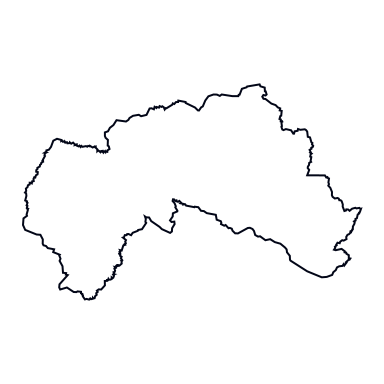 outline of Sanam Chai Khet, Chachoengsao, Thailand
{"feature_id": "78962969B69796195925566", "entity_name": "Sanam Chai Khet", "entity_type": "district", "adm_level": 2, "iso_a3": "THA", "parent_name": "Thailand", "parent_adm1": "Chachoengsao", "projection": "albers", "projection_center": [101.646, 13.611], "detail": "fine", "context": "isolated", "style": "outline", "palette": "ink", "viewbox_px": 384, "rotation_deg": 0, "n_neighbors": 0, "source": "geoboundaries", "source_scale": "gbopen_adm2", "svg_char_len": 5950}
<svg xmlns="http://www.w3.org/2000/svg" viewBox="0 0 384 384"><path d="M213.5,94.5L208.4,96.3L205.3,100.5L202.8,106.4L201.1,107.4L199.0,110.5L197.9,110.4L195.0,107.5L185.7,103.0L185.6,102.0L178.3,100.6L178.1,102.0L175.9,102.1L174.3,104.0L172.8,103.4L172.3,104.7L166.4,108.3L165.7,108.1L164.7,109.5L163.8,107.3L162.3,106.3L161.5,106.9L159.6,106.1L159.0,107.6L156.6,107.0L156.3,107.9L154.6,106.8L153.9,109.3L151.5,108.3L149.6,108.5L146.5,114.9L141.1,116.2L138.8,114.8L133.0,115.8L129.5,118.0L128.4,119.9L126.0,121.5L116.5,120.2L113.4,125.1L109.9,127.8L108.0,131.3L104.9,132.4L104.9,136.0L105.6,137.8L107.9,139.9L107.7,145.6L108.8,146.3L109.5,149.0L107.4,150.4L107.3,151.8L106.0,151.5L105.7,152.1L105.1,151.0L103.5,152.6L102.9,150.8L101.5,151.0L101.5,151.7L100.3,151.4L100.2,152.0L98.1,150.3L97.3,151.1L97.3,149.3L95.8,147.8L95.7,146.6L94.9,147.0L94.6,146.5L92.7,147.5L89.9,145.8L89.7,146.3L88.1,145.9L87.2,146.7L86.0,146.1L82.5,146.8L81.4,145.9L80.6,147.0L79.5,145.6L78.6,146.4L76.9,145.7L76.8,144.9L75.2,145.1L75.7,144.5L75.0,144.6L73.1,142.6L71.2,143.7L69.9,142.5L69.8,143.1L67.4,143.3L66.9,142.2L65.5,142.6L64.8,141.6L64.6,142.2L63.7,141.4L62.8,141.7L62.0,140.7L61.3,141.0L61.5,140.0L57.0,138.8L53.3,140.7L51.0,146.9L48.9,149.7L46.4,150.4L46.4,151.6L44.7,152.7L45.9,152.8L45.0,153.3L44.5,155.4L45.0,156.0L43.0,159.5L43.1,161.3L42.4,161.1L42.4,162.2L41.3,162.8L41.1,164.0L40.0,164.9L39.8,166.5L37.4,167.8L37.5,168.9L36.3,170.1L36.2,171.7L37.8,172.1L37.5,174.4L35.9,175.3L35.3,177.5L34.3,177.2L33.5,178.9L33.7,181.1L32.2,181.3L32.1,182.5L31.3,182.6L31.5,183.3L29.7,182.8L29.6,184.5L27.9,185.3L27.6,187.0L25.9,188.6L26.2,190.9L25.0,192.6L26.1,193.2L26.4,195.9L25.2,200.5L27.0,201.3L26.8,202.3L27.5,202.8L26.6,205.4L27.4,205.9L26.8,208.0L27.8,208.6L27.3,208.9L27.9,209.8L26.6,214.5L27.0,215.8L23.5,218.4L23.0,225.0L25.2,229.9L36.6,234.5L40.4,234.8L42.8,239.4L42.7,243.7L43.5,245.3L46.0,246.0L47.8,248.1L54.1,249.3L53.2,252.1L59.7,254.7L59.2,255.3L60.5,258.7L59.6,260.9L62.5,266.2L63.0,272.8L66.1,273.1L65.8,274.6L67.7,275.1L59.5,284.3L59.2,287.4L60.2,289.5L66.9,287.5L73.7,292.0L76.4,292.1L77.5,291.4L81.0,291.8L81.0,293.3L82.3,293.9L82.1,294.6L83.0,295.3L82.8,296.3L84.9,299.4L86.6,298.9L89.1,299.6L90.2,298.4L91.0,299.2L92.6,298.8L92.8,297.8L93.3,298.5L94.6,298.2L95.1,296.2L96.7,294.8L96.2,293.2L97.7,291.9L96.9,290.7L98.7,289.4L101.2,289.5L104.9,285.4L104.8,281.0L107.2,280.8L107.1,280.0L108.0,280.0L108.4,278.9L108.9,279.7L110.5,279.6L111.7,279.0L111.7,277.5L112.5,278.2L113.3,277.7L114.0,275.8L113.2,274.7L114.2,274.3L113.4,274.1L114.0,272.9L113.6,272.2L114.7,271.8L115.1,270.7L114.4,268.5L115.7,267.9L115.0,267.0L116.1,267.2L116.9,266.1L116.4,265.6L117.1,265.0L117.7,265.0L117.5,266.0L119.3,265.7L121.7,263.6L121.5,261.6L122.0,260.9L121.4,260.4L122.1,260.0L120.9,258.2L121.6,256.8L120.3,256.0L120.3,254.4L119.8,254.7L119.1,253.6L120.0,252.3L119.6,251.7L120.5,251.1L120.0,250.1L121.7,250.5L123.3,245.5L125.1,244.8L124.5,244.2L125.8,243.2L125.2,241.8L126.0,240.1L123.0,237.6L124.0,237.3L124.8,235.1L126.6,235.1L127.1,234.1L128.4,234.0L131.1,235.2L132.7,232.8L137.8,230.8L138.1,230.0L142.0,229.2L146.2,222.9L145.4,221.9L145.8,218.9L145.0,216.5L146.2,217.3L149.1,217.5L151.2,221.1L159.6,226.9L161.8,229.1L170.1,232.9L171.9,231.5L172.1,228.2L174.6,224.1L174.3,221.6L171.5,222.0L170.0,220.4L172.7,216.5L172.9,213.3L177.3,211.4L177.4,210.7L175.3,207.3L175.8,206.2L174.5,203.1L172.6,201.0L173.0,199.3L174.1,199.4L175.4,200.9L176.5,200.4L176.8,201.4L178.0,201.8L179.3,200.9L181.2,202.8L180.6,203.3L183.5,203.9L183.3,204.5L185.2,204.3L186.1,205.6L194.4,207.2L194.7,206.7L198.3,207.2L201.0,210.8L203.9,211.1L206.7,213.1L215.8,214.8L216.7,219.7L220.8,221.2L221.3,222.5L221.0,224.1L224.2,225.7L225.6,225.0L228.5,228.2L229.8,227.9L231.8,228.7L232.5,230.7L235.1,233.3L238.0,233.4L247.8,228.0L249.9,227.8L252.5,229.0L254.0,231.0L255.2,235.0L258.0,236.6L260.1,236.3L265.4,240.2L270.2,239.2L274.8,242.1L280.4,243.7L285.0,247.5L286.6,249.4L287.0,252.3L289.8,255.8L290.0,259.8L290.6,260.7L307.2,271.3L321.8,277.3L326.8,276.9L332.2,274.9L333.3,272.2L335.8,270.1L337.0,267.4L339.2,266.3L342.5,265.9L343.6,264.2L344.3,265.5L346.5,262.6L346.0,262.2L348.8,259.6L349.5,259.7L350.3,258.5L348.8,258.2L348.8,255.2L346.4,253.7L346.2,252.6L344.6,252.3L344.8,251.3L341.6,248.9L335.7,250.2L334.0,249.7L335.3,247.8L334.9,246.8L336.6,245.3L336.2,244.8L337.5,242.7L339.7,243.2L340.2,241.7L342.2,240.2L343.7,240.6L346.5,239.1L346.2,237.0L347.5,234.8L349.0,234.2L350.2,233.0L350.4,231.7L351.1,232.0L351.2,230.9L352.1,230.6L352.2,229.5L352.8,229.3L352.9,226.5L354.4,223.8L354.7,222.2L354.0,221.4L355.6,220.5L355.4,219.0L356.9,218.2L357.7,214.5L359.2,213.5L359.0,212.7L359.9,212.0L361.0,208.8L360.4,209.0L359.4,207.9L356.4,208.4L355.4,207.8L352.1,208.7L349.6,210.8L348.1,209.5L346.3,209.4L346.0,210.5L344.4,211.0L342.7,206.6L342.8,204.5L341.7,201.2L340.6,200.2L339.3,200.2L338.8,198.7L337.6,198.0L334.8,198.5L332.6,196.8L331.9,195.2L332.0,192.0L330.3,187.8L328.3,185.7L329.0,184.1L328.4,182.5L329.0,178.5L327.7,177.9L327.4,177.1L326.3,177.5L324.9,175.4L307.2,175.3L309.2,169.9L307.7,168.0L307.9,166.6L309.0,165.0L309.2,162.9L311.1,161.9L310.6,161.1L311.3,157.1L310.2,156.6L310.7,154.2L311.6,153.6L310.2,152.6L310.7,152.2L309.6,149.9L311.5,148.7L311.3,147.7L312.9,146.8L313.2,145.8L312.0,144.4L312.4,143.0L311.4,142.3L310.0,137.4L307.8,136.8L307.2,131.6L306.1,130.1L304.8,129.3L300.3,129.8L298.0,129.0L297.6,130.8L294.7,131.3L294.0,133.7L293.3,133.7L291.1,130.3L285.9,129.1L283.5,130.1L282.3,129.5L281.4,126.8L281.9,126.2L281.4,122.2L282.3,121.7L282.1,121.2L280.7,121.2L280.8,119.5L279.5,119.0L280.3,116.1L281.2,115.7L281.7,110.9L279.7,110.4L280.2,108.4L277.8,107.4L275.6,105.1L271.4,103.6L265.5,99.0L263.5,98.8L262.3,96.7L263.4,95.0L265.5,95.5L266.6,94.5L265.7,91.4L264.9,91.3L264.7,87.6L260.4,86.3L259.6,84.4L247.1,86.5L246.6,87.3L241.9,88.8L239.6,94.7L238.7,94.8L238.3,96.1L232.2,96.1L221.7,94.5L219.8,95.9L216.9,94.6L213.5,94.5Z" fill="none" stroke="#020617" stroke-width="2"/></svg>